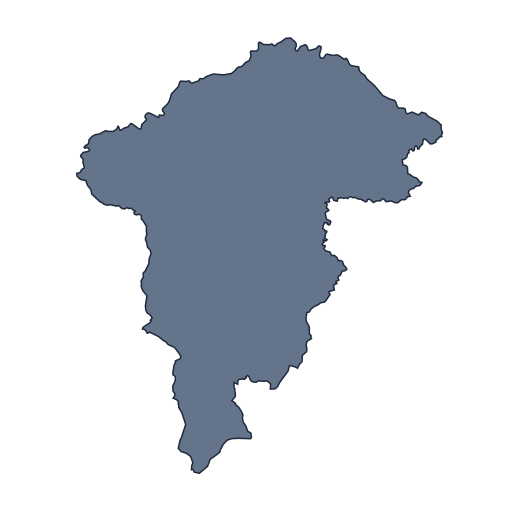 Maripí, Boyacá, Colombia, rotated 92°
{"feature_id": "7082276B23920706141939", "entity_name": "Maripí", "entity_type": "district", "adm_level": 2, "iso_a3": "COL", "parent_name": "Colombia", "parent_adm1": "Boyacá", "projection": "orthographic", "projection_center": [-74.01, 5.573], "detail": "fine", "context": "isolated", "style": "filled", "palette": "slate", "viewbox_px": 512, "rotation_deg": 92, "n_neighbors": 0, "source": "geoboundaries", "source_scale": "gbopen_adm2", "svg_char_len": 6052}
<svg xmlns="http://www.w3.org/2000/svg" viewBox="0 0 512 512"><g transform="rotate(92 256 256)"><path d="M285.2,370.1L286.1,369.5L290.1,369.7L292.2,369.0L294.8,367.7L299.5,363.6L309.6,364.8L314.0,364.2L316.5,362.9L318.7,359.6L321.3,357.6L323.9,359.4L324.3,358.6L325.7,358.9L331.2,366.4L333.1,366.9L333.2,365.1L334.4,363.4L337.0,362.1L335.9,359.5L339.9,350.6L344.0,345.2L344.7,343.3L347.5,340.8L350.3,334.2L356.6,329.0L359.3,327.6L361.3,328.2L363.6,332.9L364.5,332.6L368.0,334.1L375.4,335.0L377.5,334.9L379.2,332.6L380.8,332.2L383.9,332.5L389.1,334.7L394.3,334.1L396.7,332.0L399.4,332.8L400.9,333.9L402.5,330.1L404.6,328.2L406.4,328.7L407.6,328.1L410.2,327.9L415.0,324.7L426.8,320.4L440.2,324.2L442.5,325.4L450.9,327.0L454.1,324.0L455.3,319.4L457.5,315.7L459.1,314.1L465.2,311.8L467.5,312.9L471.9,313.0L471.6,311.4L474.2,310.1L475.1,305.0L467.9,297.1L460.8,294.7L455.4,287.7L452.9,285.1L451.3,285.0L445.4,282.2L441.1,278.5L439.4,273.9L438.8,267.6L438.8,255.1L437.6,254.2L433.4,254.9L432.6,255.5L431.8,257.9L426.1,260.3L422.1,263.2L417.8,263.9L415.4,263.5L412.6,264.7L407.9,267.9L404.7,271.6L403.8,271.5L401.4,275.1L397.4,271.9L393.9,271.8L392.0,272.5L390.0,272.4L387.6,273.5L383.1,273.5L384.8,269.8L381.4,269.8L380.2,269.2L379.3,265.6L379.6,263.2L377.9,261.4L377.3,262.1L375.8,260.4L376.4,259.0L380.8,256.9L381.9,254.8L382.2,251.5L381.1,250.1L380.7,248.6L380.9,244.4L380.5,240.5L383.2,237.0L388.5,237.0L388.1,232.3L386.0,230.0L381.4,227.8L369.6,219.8L364.6,218.9L364.4,217.1L365.4,213.2L366.7,210.6L362.7,208.8L360.0,206.3L353.8,206.2L349.8,202.1L347.2,201.9L342.7,202.8L340.3,202.3L339.1,201.4L336.6,197.7L335.5,198.4L334.0,198.1L331.6,200.0L325.2,200.2L319.0,203.6L316.0,203.9L310.8,203.2L310.1,200.9L307.2,199.2L304.6,196.3L302.6,192.2L300.5,189.9L299.8,186.3L298.5,184.8L291.8,180.6L290.3,181.7L289.0,181.7L287.2,176.5L282.9,177.5L281.7,176.6L280.9,174.3L280.3,174.3L279.2,175.4L278.5,175.1L277.3,172.4L274.5,173.2L273.3,173.0L272.4,171.2L268.2,169.3L267.5,166.2L266.2,164.8L264.7,165.4L261.8,168.2L258.7,169.3L257.6,171.0L257.7,173.7L254.8,175.0L252.6,177.8L252.9,179.7L252.0,181.0L249.5,182.1L248.4,186.7L245.8,188.6L244.3,187.2L243.3,187.2L242.7,190.1L241.2,190.1L239.8,188.4L238.1,189.4L237.4,189.3L238.6,186.8L237.3,185.4L235.5,188.1L233.4,187.3L231.2,187.5L230.2,186.4L228.8,186.1L228.4,186.8L228.7,187.9L227.2,188.6L226.3,190.2L223.5,189.9L219.9,188.5L220.5,187.4L220.4,185.6L221.6,185.8L222.4,184.5L222.2,183.4L219.2,182.4L218.1,183.3L217.1,186.2L216.3,186.9L211.3,188.3L210.4,188.1L209.7,187.7L208.0,184.8L206.9,185.4L205.4,187.3L201.9,186.7L201.0,187.5L200.6,188.9L200.0,188.8L199.5,184.7L198.6,184.3L196.7,185.4L194.5,182.4L194.9,181.3L197.6,180.3L198.4,177.2L198.2,176.6L195.5,176.1L195.0,175.4L195.3,174.4L194.6,173.3L195.4,170.2L194.6,168.1L195.4,166.3L193.7,165.0L193.5,162.9L194.3,161.4L194.1,158.7L195.5,155.9L195.6,153.3L198.1,148.2L197.6,147.1L196.1,146.9L195.3,145.9L195.8,143.6L198.4,140.6L196.6,137.0L196.6,133.7L194.2,131.3L194.7,130.2L197.2,127.9L196.3,122.7L197.9,118.7L197.9,116.8L197.6,115.8L194.6,112.5L194.6,109.5L194.1,108.5L191.5,106.6L191.0,103.9L187.1,106.0L185.0,105.1L183.7,103.6L182.9,100.6L180.9,99.1L179.7,94.6L176.7,92.7L176.2,95.4L174.3,96.4L172.4,98.4L171.4,102.0L169.3,104.6L168.6,107.1L161.9,107.8L160.5,109.2L159.7,112.3L154.7,113.2L153.4,110.1L152.1,108.8L148.3,108.0L147.5,106.6L145.0,106.9L144.5,106.3L143.7,104.1L145.5,103.0L145.4,102.1L144.3,101.4L141.6,101.3L140.4,100.3L140.5,99.3L141.1,98.8L143.4,98.2L143.4,97.0L141.0,96.0L138.4,93.5L134.6,93.1L133.3,92.4L133.5,91.0L134.7,89.1L137.9,85.9L137.7,83.6L135.9,80.1L133.8,80.1L132.8,78.3L130.7,76.8L130.1,74.5L129.0,75.0L126.3,73.9L122.3,75.6L118.8,75.4L115.0,79.5L110.5,88.7L107.6,91.4L106.6,95.6L109.1,98.1L109.2,98.8L106.7,105.2L108.2,108.3L108.5,110.4L107.4,111.2L103.6,112.2L103.1,113.6L103.1,118.8L101.4,120.2L97.2,121.7L95.7,123.0L94.2,128.6L91.2,134.9L81.6,143.5L75.1,151.4L71.7,153.5L68.8,158.0L66.7,159.3L63.4,160.0L62.6,166.7L61.9,168.4L60.3,169.8L56.6,171.5L55.4,172.6L55.3,173.3L56.5,174.5L52.4,180.9L52.2,182.5L52.9,186.0L51.7,192.1L52.4,193.3L55.7,195.4L56.0,198.0L54.8,199.0L52.5,199.6L45.7,198.1L44.5,198.4L44.1,199.2L43.9,200.8L46.7,203.3L48.7,209.9L48.3,211.0L45.0,212.1L43.0,213.9L45.1,218.9L49.7,221.8L49.3,223.2L48.3,224.0L47.2,224.1L44.8,223.1L42.2,223.3L40.4,224.7L36.9,229.1L37.4,233.8L41.4,238.7L42.4,241.3L45.2,244.4L45.3,245.1L43.4,247.6L44.3,249.4L44.4,255.9L42.5,258.7L42.3,260.5L43.4,261.0L48.8,260.7L49.9,261.2L51.2,262.9L51.4,268.3L52.3,268.8L55.8,268.0L57.5,268.2L61.0,269.7L63.1,273.5L66.9,276.5L67.7,279.8L68.8,281.5L72.3,284.3L74.5,287.0L76.1,294.8L75.6,304.9L78.3,311.8L80.6,314.6L80.7,318.1L81.1,318.7L82.9,319.3L85.4,325.8L85.2,327.1L83.3,329.0L84.0,332.1L83.8,337.4L85.3,338.5L88.1,339.0L90.1,340.1L96.8,346.1L103.2,347.7L106.7,349.4L112.1,354.4L113.9,354.6L116.5,352.4L118.0,352.9L118.9,354.7L118.4,357.6L121.0,358.2L117.2,366.5L116.7,368.3L117.1,369.6L118.9,371.4L120.4,371.8L121.5,371.7L123.1,370.3L123.8,370.3L128.7,374.8L132.8,375.3L133.3,376.1L132.6,378.1L128.4,384.1L128.0,385.8L131.3,388.3L132.9,392.6L135.0,395.2L134.9,396.3L131.7,397.8L131.2,398.6L133.8,399.4L136.5,403.0L136.6,408.4L136.0,410.7L139.6,416.9L140.3,420.7L142.0,423.7L145.5,426.9L148.7,427.1L150.4,428.1L151.5,430.3L153.3,431.6L154.2,430.9L153.6,428.9L154.2,426.9L155.6,426.1L156.3,426.3L157.5,428.0L158.6,432.4L161.6,434.7L162.7,434.7L165.3,432.1L168.5,432.2L173.3,430.7L174.2,430.9L175.8,433.4L177.9,434.2L178.9,435.2L179.7,438.1L182.5,437.6L185.6,434.1L186.5,428.8L191.4,426.8L195.3,423.4L199.9,422.3L207.4,413.6L208.0,411.7L209.3,410.3L210.4,407.0L209.9,402.6L211.1,397.2L210.3,395.2L213.1,391.8L213.5,389.7L213.3,388.4L212.1,386.8L213.1,384.5L212.5,382.2L214.0,380.9L215.2,378.4L215.8,378.4L216.6,379.6L218.4,378.9L219.1,377.1L218.4,373.8L219.2,372.4L221.0,371.8L223.1,372.0L224.1,370.5L230.2,366.5L235.7,366.4L237.8,365.8L242.5,367.1L244.0,366.9L246.4,365.7L251.0,364.7L254.2,361.7L257.2,361.0L262.1,362.6L267.7,362.9L275.0,366.3L277.0,368.2L280.7,367.8L285.2,370.1Z" fill="#64748b" stroke="#1e293b" stroke-width="1.5"/></g></svg>